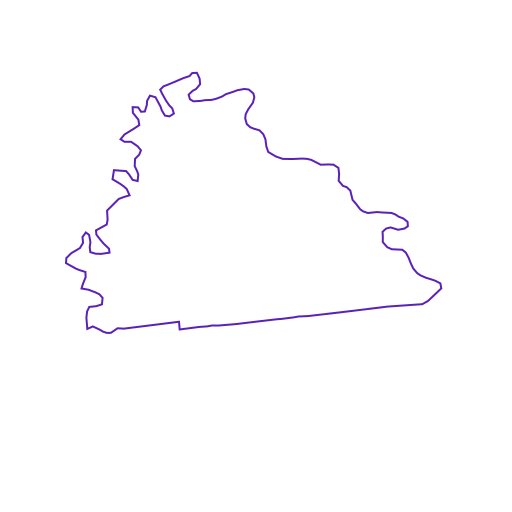 São João do Ivaí, Paraná, Brazil (Robinson projection), rotated 28°
{"feature_id": "56859067B54010938488243", "entity_name": "São João do Ivaí", "entity_type": "district", "adm_level": 2, "iso_a3": "BRA", "parent_name": "Brazil", "parent_adm1": "Paraná", "projection": "robinson", "projection_center": [-51.872, -24.002], "detail": "fine", "context": "isolated", "style": "outline", "palette": "violet", "viewbox_px": 512, "rotation_deg": 28, "n_neighbors": 0, "source": "geoboundaries", "source_scale": "gbopen_adm2", "svg_char_len": 2498}
<svg xmlns="http://www.w3.org/2000/svg" viewBox="0 0 512 512"><g transform="rotate(28 256 256)"><path d="M141.3,399.6L145.0,394.8L152.4,394.4L156.6,394.6L160.5,393.9L164.0,391.9L167.7,384.8L173.4,382.2L218.9,350.2L223.1,356.7L239.3,345.2L245.9,341.1L249.8,338.0L255.7,334.9L270.6,325.3L288.7,312.7L304.2,302.0L308.0,299.6L318.5,292.2L321.7,289.6L330.0,284.7L362.3,262.4L395.9,238.9L425.4,220.5L428.9,215.1L432.9,203.4L434.8,197.6L431.6,193.6L425.8,193.7L421.4,194.4L416.4,195.4L410.1,195.9L406.2,195.4L400.7,193.2L396.0,189.7L391.6,185.9L386.6,182.6L382.2,181.8L372.7,186.3L367.7,186.6L361.4,184.2L358.9,179.4L356.4,175.2L358.0,170.7L361.4,167.6L369.2,166.1L374.2,162.1L376.1,158.4L373.8,154.7L368.5,153.7L363.5,154.3L359.3,153.9L355.4,154.4L347.5,158.1L342.2,160.4L334.6,165.5L329.8,166.3L326.2,165.9L319.9,163.0L314.9,161.1L308.6,154.0L303.7,152.6L299.9,153.3L293.7,150.8L290.8,144.4L287.4,139.5L281.5,139.0L276.9,141.2L270.3,145.0L263.9,145.1L259.5,145.2L255.1,146.4L250.5,148.6L242.6,153.3L234.0,157.7L226.9,158.8L218.0,158.4L213.7,154.4L209.6,148.6L205.2,145.0L200.0,143.4L194.3,144.6L190.5,145.0L186.0,143.9L181.8,139.5L180.3,135.5L180.3,129.9L181.3,122.1L180.0,116.6L177.3,113.7L171.5,112.4L167.3,114.0L161.7,118.4L159.0,121.5L153.5,127.2L151.1,131.2L147.0,135.9L143.4,139.1L138.2,142.1L134.1,145.2L128.1,148.8L124.1,148.6L120.8,145.2L122.5,139.9L124.7,136.7L126.0,130.6L123.0,125.9L117.8,122.0L113.8,124.4L112.8,128.4L108.4,133.0L98.1,145.7L94.7,149.6L93.3,154.1L97.3,157.0L103.7,161.1L108.7,163.7L112.8,165.0L116.6,168.8L114.1,173.3L109.7,174.8L104.4,171.6L101.7,169.0L96.0,165.2L92.7,163.0L87.1,164.2L87.0,170.1L88.7,173.9L90.0,180.6L86.8,182.6L82.2,180.1L77.2,182.5L80.1,187.4L88.1,190.8L91.5,195.2L88.5,200.8L82.8,210.5L81.6,216.5L86.3,216.9L92.1,213.8L100.0,214.7L104.8,216.7L105.3,221.4L103.6,227.0L106.7,233.6L111.1,236.8L113.8,239.3L116.3,245.4L111.3,246.7L105.6,243.6L101.5,242.0L90.3,246.9L93.3,255.6L101.7,256.0L106.5,256.6L110.5,257.6L115.9,261.8L111.5,266.1L108.0,270.1L103.2,285.8L108.0,293.8L109.4,298.3L102.7,308.5L105.0,312.0L110.6,314.6L115.7,316.6L122.8,318.6L125.1,321.8L118.2,326.9L113.2,329.3L107.9,330.4L105.0,326.2L103.3,321.5L98.7,315.7L94.7,315.1L93.9,320.7L97.1,325.5L96.8,331.7L91.6,340.2L89.5,346.8L91.6,351.5L103.0,351.7L106.7,351.3L112.9,350.2L115.5,354.6L116.3,361.9L117.2,366.6L124.0,364.4L131.2,363.5L135.7,363.3L140.2,365.0L142.7,371.0L138.4,375.4L132.7,379.2L132.9,384.2L135.2,390.1L141.3,399.6Z" fill="none" stroke="#5b21b6" stroke-width="2"/></g></svg>